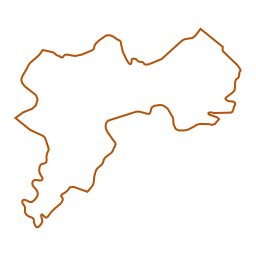 Offaly, Mercator projection
{"feature_id": "IRL-716", "entity_name": "Offaly", "entity_type": "County", "adm_level": 1, "iso_a3": "IRL", "parent_name": "Ireland", "parent_adm1": "", "projection": "mercator", "projection_center": [-7.645, 53.14], "detail": "fine", "context": "isolated", "style": "outline", "palette": "amber", "viewbox_px": 256, "rotation_deg": 0, "n_neighbors": 0, "source": "natural_earth", "source_scale": "10m", "svg_char_len": 3578}
<svg xmlns="http://www.w3.org/2000/svg" viewBox="0 0 256 256"><path d="M222.8,46.9L222.6,50.5L223.4,51.7L237.7,65.4L239.9,68.7L240.6,70.7L239.8,71.7L239.2,73.1L239.1,75.8L238.6,77.2L238.1,78.1L236.4,79.0L235.6,80.3L235.1,82.3L235.0,86.5L234.8,88.8L234.4,90.5L233.7,91.4L232.0,93.0L226.5,97.2L225.5,98.3L225.5,99.1L226.2,99.9L227.1,100.5L228.2,101.0L229.3,101.3L232.0,101.4L233.5,101.7L235.0,102.9L235.3,104.1L234.8,105.3L234.0,106.8L233.4,109.2L232.8,110.8L232.1,112.0L231.1,112.6L214.2,113.0L211.4,112.4L210.0,112.4L208.6,112.8L208.4,113.7L208.9,114.4L217.2,117.4L219.0,119.1L214.8,124.1L211.8,124.9L209.5,124.2L200.3,123.9L196.4,124.9L194.7,126.2L188.1,129.6L184.5,130.4L179.2,130.5L177.0,129.7L175.6,128.8L175.1,127.7L174.1,125.6L173.7,124.4L173.4,123.1L173.2,118.9L172.9,117.6L168.3,109.8L167.4,108.5L166.0,107.3L163.2,105.6L161.4,105.1L159.8,105.0L154.5,105.8L152.4,107.0L151.7,107.9L151.2,108.8L150.9,109.8L150.6,111.7L150.1,112.8L149.1,113.9L147.3,113.8L140.5,111.9L138.1,111.6L136.3,111.7L108.8,120.4L107.3,121.4L106.6,122.3L106.1,123.5L105.8,124.8L105.6,126.1L105.7,127.4L106.0,128.6L106.4,129.7L107.4,131.8L113.2,140.2L114.7,141.8L115.2,142.6L115.6,143.7L115.5,144.8L115.1,145.9L113.9,148.0L113.4,149.1L113.1,150.3L112.5,151.4L110.9,153.2L105.8,157.0L104.9,158.0L104.3,158.9L103.7,160.0L103.0,162.4L102.5,163.6L101.8,164.5L101.0,165.3L97.6,168.1L97.0,169.0L96.3,169.9L95.4,172.2L94.2,176.9L93.7,182.1L93.5,183.4L93.1,184.6L92.5,185.6L90.8,187.9L87.4,191.8L73.7,186.9L69.9,187.3L67.9,190.2L65.3,192.4L62.6,194.0L61.4,195.1L61.1,196.0L61.4,196.5L62.0,197.2L62.5,198.1L62.8,199.1L62.6,200.3L62.2,201.2L61.2,203.0L60.8,203.5L53.9,209.3L51.2,212.1L47.7,216.8L46.4,217.5L45.4,217.5L44.7,216.9L42.9,215.0L41.8,214.5L41.3,215.0L41.2,216.0L42.3,220.8L41.9,222.5L40.9,224.4L38.3,227.1L36.7,227.1L35.6,226.5L34.4,223.5L33.9,221.9L33.8,220.6L33.6,219.3L33.0,218.3L32.3,217.7L28.3,216.2L27.0,215.2L26.1,214.3L25.5,213.2L25.0,212.2L24.9,211.0L25.1,208.4L24.9,207.1L24.4,206.0L23.1,204.0L22.6,203.2L22.3,202.2L22.3,201.0L22.9,200.2L23.8,199.7L25.0,199.9L26.1,200.2L29.3,201.8L30.3,202.0L31.2,202.0L32.1,201.8L32.9,201.3L34.6,199.9L35.9,198.4L36.7,197.1L37.2,196.2L37.6,195.0L37.8,193.8L37.6,192.4L37.1,191.1L36.3,189.8L33.1,186.0L32.6,185.1L32.3,183.9L32.4,182.6L32.8,181.6L33.5,180.7L34.4,180.1L35.6,179.9L39.5,180.5L40.7,180.5L41.8,180.1L42.4,179.3L42.5,178.2L42.2,177.4L41.8,176.8L41.3,176.1L40.3,174.4L39.8,173.3L39.4,172.1L39.3,170.7L39.3,169.4L39.4,168.0L39.7,166.7L40.2,165.5L40.9,164.6L41.8,164.0L44.3,163.4L45.4,163.0L46.2,162.2L46.6,161.0L46.6,159.7L46.5,156.8L46.7,155.4L46.9,154.1L47.3,153.0L48.2,150.9L48.5,150.0L48.6,149.3L48.5,148.1L47.8,145.9L47.3,144.7L46.3,141.4L45.3,138.6L44.4,137.2L43.4,136.1L30.1,129.9L15.4,118.0L23.3,112.3L32.3,108.7L36.0,105.1L37.6,99.2L35.9,95.1L24.7,86.3L22.0,82.6L21.7,81.4L21.3,79.3L22.6,75.8L27.0,68.3L28.6,64.9L30.4,62.7L39.0,55.2L42.8,50.0L52.3,52.1L53.8,52.7L54.7,53.4L55.4,54.3L57.4,55.5L59.6,56.3L60.5,56.9L61.6,57.5L62.7,57.4L64.0,55.6L65.1,54.8L67.1,54.6L75.1,56.0L81.5,54.7L92.2,50.3L93.9,48.8L94.2,47.6L94.4,46.2L94.8,45.1L96.1,43.3L99.4,40.2L106.0,35.6L107.6,35.3L109.9,35.3L112.9,36.4L116.6,39.0L119.8,40.7L120.4,41.5L120.8,42.3L121.0,43.1L121.3,45.3L122.8,51.5L123.2,52.7L125.7,58.0L127.9,62.0L128.6,62.9L129.3,63.7L130.3,64.1L131.2,63.7L131.5,62.0L131.5,60.6L131.8,59.4L132.7,58.6L135.1,58.8L136.3,59.4L138.1,61.3L139.3,61.8L142.2,62.0L143.1,62.5L144.7,64.4L146.4,64.6L149.1,64.2L161.7,59.0L181.6,41.0L182.9,40.1L184.5,39.3L192.5,37.9L195.3,35.8L200.5,28.9L222.8,46.9Z" fill="none" stroke="#b45309" stroke-width="2"/></svg>